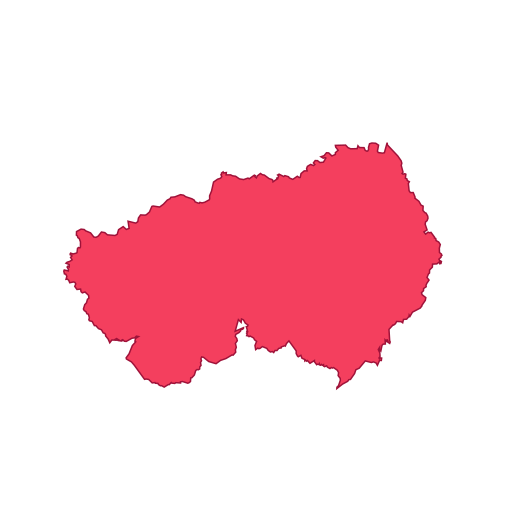 Autlán de Navarro, Jalisco, Mexico (orthographic projection), rotated 297°
{"feature_id": "50627088B11139990760987", "entity_name": "Autlán de Navarro", "entity_type": "district", "adm_level": 2, "iso_a3": "MEX", "parent_name": "Mexico", "parent_adm1": "Jalisco", "projection": "orthographic", "projection_center": [-104.329, 19.757], "detail": "fine", "context": "isolated", "style": "filled", "palette": "rose", "viewbox_px": 512, "rotation_deg": 297, "n_neighbors": 0, "source": "geoboundaries", "source_scale": "gbopen_adm2", "svg_char_len": 6107}
<svg xmlns="http://www.w3.org/2000/svg" viewBox="0 0 512 512"><g transform="rotate(297 256 256)"><path d="M196.3,85.0L193.0,86.5L192.9,87.6L191.5,89.0L191.3,90.6L188.9,93.2L184.3,95.5L183.3,95.4L183.0,94.0L181.8,93.5L177.7,95.0L177.0,94.6L174.8,92.1L174.4,89.5L173.3,89.5L172.7,90.0L173.0,91.5L172.3,92.0L170.6,91.4L169.1,93.9L166.8,92.6L164.7,90.5L163.3,90.0L163.6,93.5L161.5,94.5L161.6,93.0L160.4,92.7L159.0,94.9L157.5,95.5L156.5,91.5L155.3,91.6L153.1,93.4L153.4,94.8L152.0,96.7L149.0,97.3L149.8,98.4L149.3,100.2L147.6,102.2L150.0,105.1L150.3,106.6L149.3,108.1L146.6,108.3L144.9,111.7L146.9,114.7L144.8,116.3L144.3,118.0L146.3,120.0L144.9,124.7L142.6,126.2L140.9,125.5L137.3,126.2L134.9,125.5L130.4,126.3L129.4,127.7L129.2,129.8L127.8,131.5L128.0,133.1L125.4,135.5L123.3,136.0L122.7,137.0L123.3,139.8L120.6,143.6L121.3,144.9L119.8,148.6L120.1,151.8L118.1,154.8L118.4,156.2L117.8,157.6L116.5,158.3L114.9,161.9L112.3,165.1L115.7,165.7L116.6,167.6L119.2,169.3L119.0,170.9L117.8,170.2L118.7,171.8L119.6,172.2L118.3,172.1L119.2,174.8L119.7,175.2L119.9,174.5L120.9,175.2L120.3,177.4L121.0,179.2L126.4,182.8L128.0,185.0L130.3,185.8L130.9,187.9L127.8,186.1L125.1,186.8L124.9,187.8L120.1,186.5L111.2,187.3L106.3,186.5L105.4,187.3L105.1,193.1L103.4,197.2L95.5,212.7L96.5,213.9L97.3,216.4L95.8,221.1L97.4,223.5L96.9,224.1L98.0,226.4L97.2,227.5L97.0,229.7L97.6,230.8L97.5,233.7L101.6,236.2L102.0,237.1L104.7,237.9L104.4,238.4L105.6,241.5L106.7,242.0L108.6,246.4L109.6,245.8L110.8,247.5L111.7,253.0L112.9,254.0L114.4,254.6L117.7,253.2L118.4,254.1L122.0,255.1L126.6,254.3L128.1,255.0L128.4,256.2L129.8,257.1L131.7,256.2L133.5,256.7L136.0,254.9L138.0,255.0L139.3,253.6L141.4,253.4L141.9,255.3L140.5,261.8L141.9,269.3L146.9,271.8L150.9,275.7L157.0,279.6L157.2,280.6L161.1,281.6L163.1,280.2L165.7,279.9L168.8,277.3L172.0,277.8L173.8,276.3L174.9,274.1L176.9,273.5L180.0,275.6L182.3,276.3L183.4,275.8L184.5,277.2L185.7,277.7L186.5,277.4L179.5,271.6L191.3,269.2L190.1,272.9L193.3,271.7L193.4,273.8L191.3,277.0L190.9,280.2L189.5,280.4L188.7,279.4L185.9,282.0L184.7,282.0L184.6,283.0L183.0,282.6L182.5,283.6L180.8,283.8L181.3,285.9L181.0,286.4L182.0,287.2L181.9,291.1L180.7,292.7L180.2,295.3L175.8,295.7L172.4,298.2L174.7,299.4L174.7,300.6L175.5,301.5L178.2,302.8L178.6,307.6L177.4,309.7L177.0,312.4L178.3,314.0L178.0,315.6L180.4,315.8L181.3,317.6L184.0,318.2L185.6,320.2L186.5,319.8L189.2,322.5L189.1,323.0L191.9,322.9L195.3,323.9L189.7,334.9L187.3,336.1L185.7,338.4L185.4,339.4L187.9,341.1L185.8,343.3L185.9,346.4L184.7,347.2L185.7,347.6L185.3,348.9L186.2,349.3L184.9,352.8L189.4,355.5L188.3,356.1L186.7,359.4L187.4,359.7L187.9,361.4L188.8,361.3L187.8,362.5L188.1,363.3L189.1,363.5L188.8,364.9L189.8,365.5L188.6,366.3L188.5,367.3L190.2,368.8L189.4,370.1L189.3,373.0L190.8,373.7L190.8,374.9L191.8,375.7L191.1,380.4L189.6,382.5L186.7,383.5L185.2,386.6L183.5,387.6L177.9,388.4L175.9,387.7L174.6,388.2L181.2,391.3L186.0,394.6L187.9,394.8L188.9,396.2L196.0,397.2L200.0,396.6L202.9,398.9L212.1,401.0L213.5,407.2L215.0,408.7L215.2,411.5L213.7,413.8L219.0,413.5L219.8,415.1L222.1,414.3L221.6,412.8L220.5,412.5L221.0,411.9L222.9,412.1L225.9,410.3L228.2,407.4L230.6,407.6L228.5,408.6L227.9,410.4L233.7,408.8L235.2,409.3L236.3,411.2L239.9,409.1L239.2,411.2L240.5,410.6L240.9,411.1L239.0,413.2L238.8,414.8L240.3,414.6L241.3,413.5L251.0,407.8L256.8,409.4L256.9,410.0L259.0,411.0L261.5,411.0L263.4,415.2L263.1,417.0L266.4,416.2L268.1,418.9L271.7,419.8L272.8,419.4L272.0,420.6L277.0,420.9L284.2,426.0L286.9,426.5L287.4,426.2L293.3,427.0L296.0,426.2L296.9,421.6L298.4,420.1L301.1,421.0L303.1,420.1L305.9,421.6L307.0,420.8L308.9,420.6L313.1,421.1L314.5,418.1L318.3,417.8L319.6,418.3L322.4,417.0L326.1,418.2L328.9,417.0L331.1,420.7L334.1,422.1L333.9,422.9L333.4,422.5L332.5,423.2L333.3,424.2L335.3,423.7L335.4,421.6L336.2,420.4L339.0,421.4L340.0,420.9L340.9,421.4L341.9,420.3L342.4,417.9L346.2,415.8L349.9,415.0L351.4,412.4L351.5,409.5L353.2,408.2L353.1,406.8L353.8,406.6L356.5,401.2L355.4,400.0L355.4,398.5L352.5,397.2L353.7,394.7L356.9,396.6L361.1,392.3L363.4,391.6L365.1,392.4L367.7,392.1L369.5,390.9L371.4,388.1L371.3,386.8L372.3,384.1L376.3,382.3L376.3,379.9L378.7,376.3L379.7,371.2L380.7,371.0L383.9,367.3L382.6,364.8L383.6,362.8L389.8,358.8L391.8,358.9L391.9,356.5L393.2,355.5L393.1,353.8L396.9,352.4L396.9,351.3L395.7,349.9L395.8,348.7L397.5,348.9L402.6,344.3L404.9,343.8L406.7,342.1L409.5,336.9L414.6,322.7L416.5,321.4L406.3,323.5L405.1,322.1L403.7,318.0L404.5,316.6L410.4,314.9L410.8,311.5L409.3,308.0L407.6,306.2L403.9,306.9L402.2,307.9L400.3,307.9L399.7,307.3L399.7,305.3L401.6,303.1L399.6,298.9L400.5,296.8L397.6,297.4L394.5,291.7L394.3,288.8L395.5,285.5L390.6,276.5L389.2,277.6L387.5,281.2L384.1,279.8L382.5,280.6L379.6,278.2L380.9,274.0L380.0,271.9L376.3,271.1L373.9,268.8L373.7,271.5L375.1,273.0L375.0,273.8L370.2,273.5L368.3,270.5L368.9,267.5L367.9,265.4L365.0,264.9L364.2,266.9L362.7,266.2L362.4,263.1L359.2,261.1L356.8,261.4L355.1,262.9L353.7,260.3L349.9,258.7L346.1,259.7L345.5,258.8L345.8,256.6L341.0,254.0L340.7,250.3L341.4,249.0L340.7,245.2L339.4,244.7L339.4,239.4L338.0,238.5L337.7,239.8L334.8,240.2L335.2,238.7L334.2,239.8L329.8,237.5L331.2,236.4L331.4,235.3L330.9,232.6L331.9,226.7L331.3,224.7L331.6,222.5L327.7,220.7L325.8,220.9L326.2,219.0L327.3,218.9L327.3,217.8L321.7,214.9L321.8,213.5L318.5,210.3L317.2,206.3L317.8,201.6L316.8,198.7L316.8,196.6L314.7,192.5L316.9,191.7L315.3,189.4L316.0,188.5L314.2,187.6L313.0,188.3L312.5,187.9L311.1,189.5L309.2,189.1L307.0,186.9L302.6,184.6L293.7,186.9L288.6,187.3L285.8,188.8L284.8,188.8L280.6,185.9L278.8,183.8L278.3,181.6L277.2,181.5L276.8,179.9L276.6,177.1L277.7,175.7L277.9,173.0L276.9,166.4L277.3,163.9L276.4,160.9L271.8,156.8L269.7,153.5L268.0,153.4L265.6,151.6L260.1,150.0L255.9,147.9L253.8,141.6L252.9,140.7L246.8,141.1L243.1,139.6L242.1,138.7L240.2,134.5L236.5,134.0L232.9,135.1L230.7,133.9L228.9,126.2L223.0,130.4L220.8,128.4L221.9,124.3L217.1,121.6L212.3,122.5L210.3,121.1L207.4,114.0L208.2,110.7L207.2,107.4L202.1,106.4L200.0,105.0L199.3,102.9L201.5,98.1L201.1,92.8L201.6,90.9L200.5,87.9L196.3,85.0Z" fill="#f43f5e" stroke="#9f1239" stroke-width="1.5"/></g></svg>